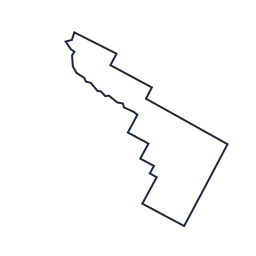 Gem, Idaho, United States of America, rotated 298°
{"feature_id": "52423323B51946082922019", "entity_name": "Gem", "entity_type": "district", "adm_level": 2, "iso_a3": "USA", "parent_name": "United States of America", "parent_adm1": "Idaho", "projection": "natural_earth1", "projection_center": [-116.36, 44.159], "detail": "fine", "context": "isolated", "style": "outline", "palette": "slate", "viewbox_px": 256, "rotation_deg": 298, "n_neighbors": 0, "source": "geoboundaries", "source_scale": "gbopen_adm2", "svg_char_len": 575}
<svg xmlns="http://www.w3.org/2000/svg" viewBox="0 0 256 256"><g transform="rotate(298 128 128)"><path d="M187.2,35.7L179.4,37.1L175.1,32.4L170.7,40.5L170.2,44.9L165.9,44.5L156.5,50.4L152.4,56.8L151.7,66.0L149.2,69.0L150.4,74.0L146.4,83.7L147.6,86.8L145.5,93.0L147.6,95.9L145.5,106.5L147.2,112.0L144.3,114.8L144.9,125.6L144.0,130.1L123.9,130.0L123.8,153.4L106.7,153.2L106.7,168.7L98.1,168.6L98.0,176.4L67.9,176.2L67.8,223.6L93.6,223.6L110.8,223.6L160.4,223.5L162.3,130.1L175.0,130.0L175.2,83.0L188.2,83.0L187.2,35.7Z" fill="none" stroke="#1e293b" stroke-width="2"/></g></svg>